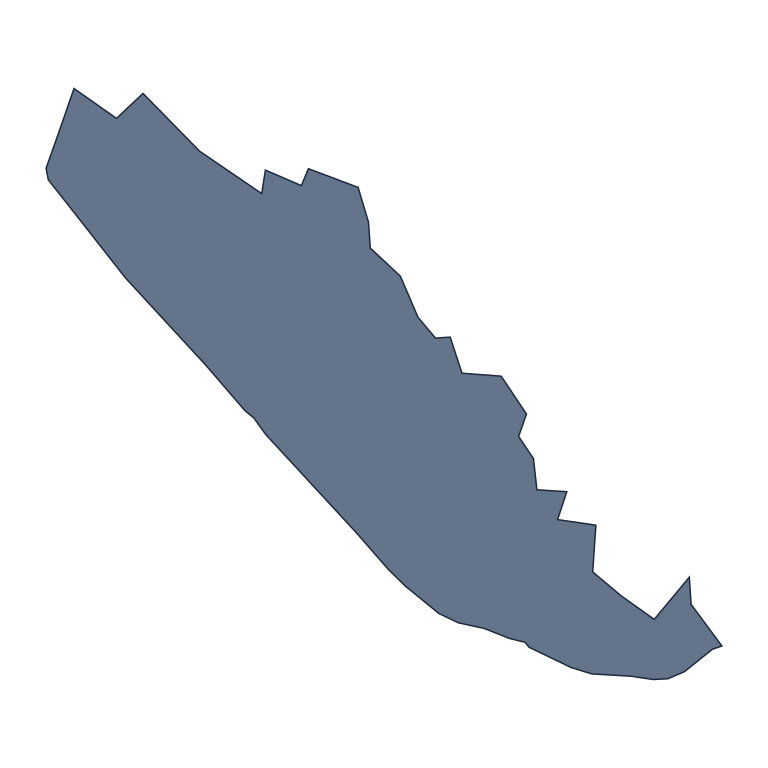 Shumanay, Karakalpakstan, Uzbekistan
{"feature_id": "79887680B6584573429161", "entity_name": "Shumanay", "entity_type": "district", "adm_level": 2, "iso_a3": "UZB", "parent_name": "Uzbekistan", "parent_adm1": "Karakalpakstan", "projection": "mercator", "projection_center": [58.919, 42.669], "detail": "fine", "context": "isolated", "style": "filled", "palette": "slate", "viewbox_px": 768, "rotation_deg": 0, "n_neighbors": 0, "source": "geoboundaries", "source_scale": "gbopen_adm2", "svg_char_len": 808}
<svg xmlns="http://www.w3.org/2000/svg" viewBox="0 0 768 768"><path d="M48.3,179.8L64.1,199.8L125.5,278.0L205.6,365.0L245.0,410.7L253.8,417.9L265.9,434.7L355.4,531.7L388.4,569.5L405.1,585.9L439.0,613.6L458.6,622.9L484.1,628.4L509.5,638.5L525.0,642.3L529.1,647.3L571.3,667.6L591.7,673.9L628.9,676.1L630.1,676.1L653.1,679.5L667.7,678.8L684.4,671.7L712.5,649.2L721.9,646.0L691.1,604.3L689.3,577.2L654.2,619.4L621.1,595.8L592.7,571.9L595.9,525.2L557.6,519.6L566.8,491.7L536.9,489.8L533.5,458.7L518.6,436.4L526.5,414.1L501.2,376.2L462.0,373.2L450.2,337.1L435.5,338.1L418.0,317.3L400.4,276.2L370.3,248.1L368.5,222.2L358.1,187.4L308.4,168.7L301.4,185.6L265.4,170.1L261.7,193.6L199.6,151.2L143.0,93.4L116.5,118.4L74.0,88.5L59.5,130.4L46.1,168.2L48.3,179.8Z" fill="#64748b" stroke="#1e293b" stroke-width="1.5"/></svg>